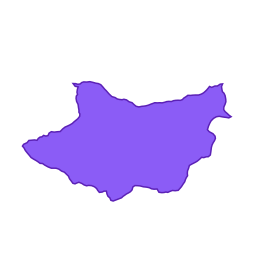 Guaraciama, Minas Gerais, Brazil (orthographic projection), rotated 290°
{"feature_id": "56859067B51943850078190", "entity_name": "Guaraciama", "entity_type": "district", "adm_level": 2, "iso_a3": "BRA", "parent_name": "Brazil", "parent_adm1": "Minas Gerais", "projection": "orthographic", "projection_center": [-43.612, -17.067], "detail": "fine", "context": "isolated", "style": "filled", "palette": "violet", "viewbox_px": 256, "rotation_deg": 290, "n_neighbors": 0, "source": "geoboundaries", "source_scale": "gbopen_adm2", "svg_char_len": 2805}
<svg xmlns="http://www.w3.org/2000/svg" viewBox="0 0 256 256"><g transform="rotate(290 128 128)"><path d="M201.8,201.8L200.7,199.6L198.1,197.7L197.1,195.2L194.8,192.8L194.9,190.4L192.7,189.7L190.8,189.0L188.9,188.1L186.9,187.0L184.9,185.3L183.1,183.0L182.1,180.2L181.0,177.6L180.0,175.6L179.2,173.1L177.0,171.6L175.2,170.2L173.3,169.4L171.9,167.8L171.2,165.5L170.2,163.2L169.3,161.5L167.7,159.7L167.0,157.3L166.1,155.4L164.9,153.9L163.3,151.5L162.6,149.2L161.6,146.9L160.9,144.5L159.6,143.0L158.3,141.4L156.4,139.3L154.8,137.0L153.9,135.3L153.0,133.4L151.5,131.0L151.2,128.1L152.0,125.8L153.2,123.1L153.0,120.2L153.9,117.0L153.6,114.3L152.5,112.7L151.9,110.1L151.6,108.0L152.2,105.5L152.0,102.1L153.4,98.8L154.6,96.6L155.6,94.8L156.5,92.8L158.1,90.1L159.4,87.6L159.6,84.9L159.1,82.4L158.9,79.6L158.5,76.3L157.0,73.4L156.2,70.7L155.0,69.1L152.9,67.8L151.9,65.8L151.8,63.7L151.0,61.2L149.1,64.1L149.6,67.1L147.0,67.2L144.2,67.8L142.2,69.1L140.3,68.5L138.0,69.1L135.4,70.6L133.1,73.0L130.2,74.5L128.0,75.8L126.0,76.5L124.7,78.0L122.4,78.6L119.4,77.6L117.4,76.4L115.2,75.1L113.2,74.1L111.0,72.3L109.1,70.4L107.3,68.5L104.7,66.9L101.5,65.5L100.3,62.8L98.9,60.1L98.3,57.2L96.2,55.6L93.5,55.4L92.3,53.6L92.2,51.2L90.3,50.2L89.4,48.5L87.6,47.3L85.3,46.7L84.8,44.2L83.7,41.9L82.4,39.1L79.7,38.2L77.0,35.5L74.9,35.0L73.7,37.1L71.7,39.3L70.0,42.1L68.4,44.9L67.1,47.0L66.5,49.7L66.0,52.7L65.5,54.9L64.7,57.5L65.4,59.8L64.7,62.3L64.1,66.1L64.0,69.7L65.0,72.4L65.6,74.2L65.7,77.0L64.8,80.3L64.7,83.4L63.6,85.8L62.4,88.5L60.3,90.4L58.7,92.9L57.2,95.1L57.4,97.3L58.8,98.7L60.2,100.4L60.1,103.7L59.5,106.1L59.5,108.8L60.6,110.6L61.4,113.4L61.3,116.6L60.4,119.2L59.1,120.8L57.7,123.1L59.0,125.7L60.5,127.1L61.3,129.3L58.8,130.8L57.0,132.5L56.1,134.9L54.2,136.6L54.3,139.0L56.2,141.2L58.1,143.4L60.2,145.8L62.2,146.8L63.7,147.9L65.5,149.1L67.1,150.6L69.0,152.1L71.3,153.0L74.1,152.7L76.2,154.1L77.0,156.5L77.7,159.1L78.0,162.5L78.8,165.7L79.2,168.5L78.9,170.9L79.4,173.4L80.6,176.2L78.2,179.1L78.8,181.9L79.7,183.9L80.8,185.5L81.1,187.4L82.9,189.2L84.5,191.1L85.2,193.8L86.6,196.5L89.0,197.5L91.2,198.3L93.9,198.9L96.9,199.7L99.2,199.6L101.4,199.8L103.5,200.3L105.8,199.2L108.1,198.6L110.7,198.7L113.8,198.5L115.8,200.2L117.4,201.7L118.9,203.1L120.5,204.4L123.2,206.0L125.6,207.2L126.1,209.4L127.6,211.2L128.5,213.3L130.8,214.6L134.3,213.9L136.5,213.4L138.3,213.0L140.9,212.8L143.4,213.1L145.7,213.6L148.1,213.7L150.1,212.6L151.7,209.8L152.3,205.6L153.6,203.2L157.4,203.0L160.4,203.2L163.0,203.6L166.3,205.1L168.8,207.2L170.2,209.7L170.7,212.7L171.1,214.7L171.6,216.9L172.0,219.3L173.9,221.0L174.6,218.5L175.5,216.5L176.6,213.6L178.1,211.6L180.6,210.9L183.6,211.1L186.1,211.0L188.5,210.0L191.6,208.2L193.5,206.3L194.4,204.3L196.5,203.0L198.9,201.7L201.8,201.8Z" fill="#8b5cf6" stroke="#5b21b6" stroke-width="1.5"/></g></svg>